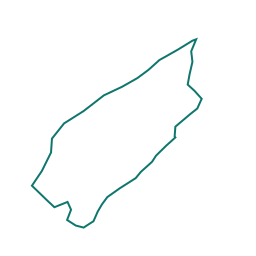 Trelleborg, Skåne, Sweden, rotated 138°
{"feature_id": "70781695B21975001691252", "entity_name": "Trelleborg", "entity_type": "district", "adm_level": 2, "iso_a3": "SWE", "parent_name": "Sweden", "parent_adm1": "Skåne", "projection": "equal_earth", "projection_center": [13.27, 55.427], "detail": "fine", "context": "isolated", "style": "outline", "palette": "teal", "viewbox_px": 256, "rotation_deg": 138, "n_neighbors": 0, "source": "geoboundaries", "source_scale": "gbopen_adm2", "svg_char_len": 658}
<svg xmlns="http://www.w3.org/2000/svg" viewBox="0 0 256 256"><g transform="rotate(138 128 128)"><path d="M18.0,148.3L21.8,149.8L39.1,153.0L59.2,157.5L73.8,157.5L87.5,158.8L104.8,162.6L124.0,168.4L149.6,170.3L172.4,174.2L191.6,171.0L201.6,161.3L220.8,153.7L238.0,149.4L236.6,129.0L235.7,118.4L222.4,113.5L225.0,105.4L234.8,100.4L232.1,90.5L227.6,83.7L218.3,82.2L216.1,81.8L206.3,86.2L198.4,88.7L189.5,90.5L174.4,88.7L155.8,85.6L147.8,86.8L132.7,86.8L125.6,88.7L111.4,89.3L99.1,89.3L99.0,90.5L91.9,97.3L72.4,96.7L63.5,96.1L53.7,100.4L53.7,111.0L54.6,120.3L46.6,126.5L35.9,134.0L29.7,142.7L18.0,148.3Z" fill="none" stroke="#0f766e" stroke-width="2"/></g></svg>